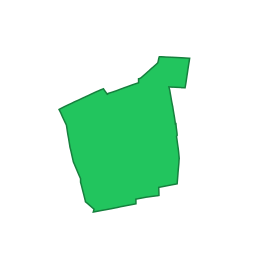 Biled, Timis, Romania (Robinson projection), rotated 118°
{"feature_id": "2599482B65563372669313", "entity_name": "Biled", "entity_type": "district", "adm_level": 2, "iso_a3": "ROU", "parent_name": "Romania", "parent_adm1": "Timis", "projection": "robinson", "projection_center": [20.95, 45.877], "detail": "fine", "context": "isolated", "style": "filled", "palette": "green", "viewbox_px": 256, "rotation_deg": 118, "n_neighbors": 0, "source": "geoboundaries", "source_scale": "gbopen_adm2", "svg_char_len": 2833}
<svg xmlns="http://www.w3.org/2000/svg" viewBox="0 0 256 256"><g transform="rotate(118 128 128)"><path d="M144.0,197.6L146.1,194.6L148.8,191.2L150.3,189.2L151.8,187.2L154.3,183.8L156.4,182.2L160.6,179.1L162.3,177.8L164.8,175.8L169.8,172.0L172.1,170.3L174.4,168.2L176.6,166.3L178.6,164.6L182.9,160.9L183.4,160.5L184.1,159.7L185.4,158.0L186.1,157.2L189.0,153.6L192.1,149.8L195.0,146.1L198.0,144.5L198.2,144.4L200.5,142.2L204.5,138.6L208.0,135.4L211.7,132.1L212.3,131.5L212.6,131.3L213.1,131.0L213.6,128.6L214.4,125.1L215.3,121.3L215.6,119.9L218.5,119.2L215.7,115.7L213.2,112.6L212.8,112.1L210.3,108.9L209.1,107.4L207.3,105.1L206.3,103.9L204.4,101.6L203.3,100.2L200.9,97.5L199.5,95.7L196.9,92.5L194.1,89.0L191.6,85.9L191.2,85.4L189.9,86.1L188.1,87.1L187.2,87.7L185.7,85.9L182.9,82.4L180.1,78.9L179.8,78.4L176.7,74.1L174.5,71.0L173.9,70.1L173.0,69.0L171.0,70.1L167.2,72.3L166.0,73.0L163.1,69.4L160.5,66.2L159.6,65.1L158.3,63.5L156.7,61.5L155.2,59.6L154.2,58.4L151.2,59.7L145.2,62.3L143.9,62.9L138.9,65.0L135.8,66.3L134.0,67.1L133.2,67.5L131.6,68.2L131.4,68.3L130.8,68.5L130.7,68.6L129.3,69.5L125.8,71.8L122.6,74.0L121.1,75.1L118.5,77.0L115.4,79.2L113.0,81.0L112.5,81.3L112.3,81.3L112.0,81.2L111.6,81.2L111.3,81.2L111.0,81.4L109.6,82.3L106.9,84.2L104.5,85.9L102.8,87.0L101.7,87.7L102.2,88.1L101.1,88.9L100.7,89.1L100.0,89.6L96.6,92.1L93.9,94.2L90.5,96.8L88.2,98.5L86.3,100.1L84.2,101.8L81.1,104.2L79.3,105.6L76.2,108.0L74.9,109.0L73.6,110.2L72.5,111.2L71.6,109.1L70.9,107.6L70.6,107.1L69.4,104.5L68.5,102.6L67.4,100.3L67.2,99.4L66.8,98.8L65.7,96.5L62.3,97.6L59.1,98.7L56.6,99.6L54.4,100.4L51.2,101.5L47.9,102.7L45.6,103.5L42.7,104.5L40.6,105.2L37.5,106.3L38.1,107.6L39.8,111.4L42.1,116.4L44.4,121.3L47.5,127.7L48.2,129.3L48.6,130.2L49.2,131.5L49.8,132.7L50.1,133.2L50.4,133.8L51.7,133.6L52.2,133.5L54.1,132.9L55.2,132.6L56.6,132.3L56.8,132.4L58.0,132.8L58.4,132.9L60.5,133.7L61.9,134.2L62.7,134.5L63.8,135.0L64.6,135.3L64.9,135.4L66.3,135.9L67.6,136.3L68.8,136.8L70.5,137.4L71.6,137.8L73.2,138.4L75.5,139.3L76.0,139.5L76.5,139.7L76.9,139.8L77.6,140.1L78.0,140.4L78.3,140.5L78.5,140.7L78.8,140.9L79.1,141.2L79.3,141.4L79.6,141.8L83.1,139.9L83.2,140.0L85.4,142.1L87.6,144.2L88.7,145.2L90.4,146.7L91.5,147.7L92.2,148.3L92.4,148.5L94.3,150.3L95.4,151.2L96.8,152.5L98.3,153.8L98.9,154.3L100.5,155.7L102.2,157.3L103.8,158.8L106.4,161.4L107.6,162.5L107.9,162.0L108.0,162.1L106.4,165.2L106.0,166.1L105.1,167.8L104.9,168.1L106.2,169.2L107.2,170.1L109.2,171.6L110.2,172.5L111.0,173.1L112.4,174.2L113.5,175.0L115.6,176.6L117.3,177.8L118.9,179.0L119.7,179.7L120.6,180.3L122.1,181.5L122.5,181.8L124.0,182.9L125.5,184.0L126.7,184.9L128.0,185.9L128.5,186.4L129.1,186.8L130.2,187.7L131.7,188.7L133.6,190.1L135.0,191.2L135.8,191.8L138.1,193.5L139.2,194.3L141.5,195.9L142.5,196.6L144.0,197.6Z" fill="#22c55e" stroke="#15803d" stroke-width="1.5"/></g></svg>